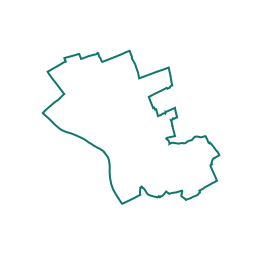 Kota Mojokerto, Jawa Timur, Indonesia, rotated 243°
{"feature_id": "22746128B53956788697299", "entity_name": "Kota Mojokerto", "entity_type": "district", "adm_level": 2, "iso_a3": "IDN", "parent_name": "Indonesia", "parent_adm1": "Jawa Timur", "projection": "orthographic", "projection_center": [112.435, -7.471], "detail": "fine", "context": "isolated", "style": "outline", "palette": "teal", "viewbox_px": 256, "rotation_deg": 243, "n_neighbors": 0, "source": "geoboundaries", "source_scale": "gbopen_adm2", "svg_char_len": 5536}
<svg xmlns="http://www.w3.org/2000/svg" viewBox="0 0 256 256"><g transform="rotate(243 128 128)"><path d="M187.2,86.6L187.1,85.8L186.5,83.8L185.5,81.2L184.9,79.2L184.6,78.0L184.5,76.3L184.1,74.1L183.7,72.1L183.2,70.2L182.7,68.4L182.1,65.6L181.6,63.9L180.9,61.3L180.0,58.9L177.7,59.6L174.3,61.0L171.2,62.2L167.0,63.5L163.9,64.5L160.6,65.9L160.2,66.0L157.6,67.2L155.5,68.6L152.2,71.4L149.5,74.4L145.6,77.9L140.4,82.0L136.7,84.6L132.8,86.5L130.5,88.1L128.4,89.2L126.7,90.3L123.6,92.3L122.6,93.2L119.1,95.3L118.0,95.7L117.1,95.9L117.1,95.7L115.7,96.0L113.5,96.4L112.3,96.6L111.4,96.8L108.6,96.6L103.1,94.8L99.9,93.1L96.1,91.2L91.5,89.3L85.6,87.6L80.1,86.9L79.2,86.9L73.2,87.2L70.4,87.5L70.2,87.5L69.2,87.6L67.3,87.8L64.8,88.1L64.2,88.1L63.2,88.4L63.1,89.1L63.0,90.9L62.8,98.2L62.9,108.7L64.7,109.2L66.4,110.1L68.1,111.3L69.3,111.9L69.4,112.2L69.4,112.5L69.6,112.9L69.7,113.1L69.7,113.5L69.2,113.6L68.7,113.5L68.6,113.9L68.4,114.0L67.6,114.1L67.4,114.4L65.6,114.9L63.3,115.1L61.8,115.2L61.5,115.2L59.5,115.7L57.6,117.4L55.7,119.4L54.2,121.2L54.0,121.6L53.8,121.7L53.1,122.4L52.7,122.9L52.8,123.5L53.1,123.9L53.3,124.5L52.5,124.8L52.0,124.8L51.9,124.8L51.8,125.0L51.8,125.4L52.3,126.5L51.9,127.5L52.0,128.4L52.6,129.9L53.6,132.1L54.1,133.1L53.6,133.4L52.5,133.9L52.0,134.3L50.6,134.9L50.1,137.7L49.6,139.3L49.2,140.4L48.7,141.7L48.6,142.5L48.1,145.2L47.8,146.8L47.5,147.7L46.6,147.4L45.1,145.9L44.7,145.9L44.1,145.2L43.6,144.7L42.8,144.7L41.2,145.5L39.4,146.4L39.0,146.6L38.8,146.9L37.6,147.0L37.5,148.7L37.3,149.8L37.1,152.8L37.1,154.7L36.8,157.8L36.8,160.2L37.3,160.9L37.4,161.0L37.6,161.1L37.7,161.4L37.7,162.3L37.8,162.7L38.0,162.9L38.6,163.2L39.3,163.3L39.8,163.2L39.8,163.3L39.8,164.1L39.8,165.3L39.8,167.0L39.9,167.4L39.9,168.1L40.2,168.7L40.2,169.2L40.3,170.4L40.3,170.5L40.3,172.9L40.4,174.7L40.4,175.0L40.4,177.2L40.6,177.5L40.6,177.9L40.6,178.5L40.5,178.8L40.5,180.4L40.5,181.1L40.6,181.9L40.6,183.2L41.0,183.2L41.0,183.3L43.1,183.5L53.6,184.1L54.9,184.1L56.5,184.3L57.3,184.6L57.6,184.9L57.5,186.4L59.0,186.5L59.8,187.4L60.3,187.9L61.8,189.5L61.9,191.1L61.9,191.3L62.1,191.3L62.0,192.3L62.1,192.9L62.1,193.3L62.2,194.0L62.2,194.4L62.2,194.6L62.1,195.6L62.2,196.3L62.3,197.0L64.4,197.1L65.2,197.1L66.3,196.9L67.4,196.5L70.6,195.9L72.9,195.6L75.8,195.0L76.4,194.7L76.8,194.3L77.0,194.0L77.1,193.8L77.9,194.2L78.2,193.1L80.5,193.2L81.3,193.3L81.9,193.5L82.1,193.5L82.7,193.3L85.2,193.6L85.3,193.6L86.0,192.0L86.1,191.3L86.1,190.8L86.3,189.4L86.7,188.6L87.7,187.3L88.8,186.0L89.5,184.8L89.7,183.7L89.6,182.6L89.3,181.7L89.0,181.1L88.6,180.1L88.5,179.8L88.2,179.2L88.5,178.3L88.7,177.6L88.8,177.0L89.0,175.8L88.7,173.6L88.5,172.1L89.1,170.5L89.6,170.2L90.1,169.1L90.6,167.8L90.7,167.2L90.9,166.8L91.2,165.7L92.2,164.5L93.0,163.3L93.6,162.6L94.2,161.7L94.7,160.8L95.0,160.0L95.0,159.1L95.0,157.9L95.1,158.0L95.5,158.0L95.9,158.1L96.2,158.2L96.7,158.3L97.9,158.4L99.3,158.0L100.5,157.6L101.0,157.2L101.2,157.5L101.2,157.9L101.5,158.1L101.4,158.7L100.5,162.4L99.4,166.2L105.9,167.6L107.1,167.9L109.7,168.4L109.6,168.6L110.3,168.8L111.2,169.0L114.5,169.7L115.1,169.8L114.8,170.0L114.7,170.3L115.2,170.9L115.3,170.9L115.8,171.7L116.2,172.6L115.9,173.0L115.4,172.9L115.2,173.2L115.2,173.3L115.4,174.3L115.4,175.0L115.4,175.5L115.2,175.8L115.1,176.5L115.6,176.6L116.8,177.0L117.1,177.0L118.1,177.2L121.0,178.0L121.4,178.1L121.5,178.0L124.6,179.0L124.7,175.2L124.9,172.2L125.0,170.4L125.2,169.1L124.9,168.7L124.4,168.2L124.5,168.2L124.2,168.0L124.4,167.4L124.7,167.2L124.8,166.8L125.0,164.9L124.9,164.5L124.6,163.0L124.8,162.0L125.0,161.1L125.1,160.2L125.3,160.3L125.7,160.4L125.8,160.3L127.5,160.7L129.5,161.1L131.1,161.4L131.8,161.6L132.0,160.5L134.2,160.7L134.4,160.6L134.3,159.5L140.9,160.1L146.2,160.6L146.2,163.0L146.3,163.0L146.3,164.0L146.3,164.3L146.3,164.5L146.3,165.2L146.3,167.7L146.3,169.1L146.2,170.1L146.2,170.4L146.2,170.8L146.2,171.0L146.2,172.8L146.1,174.7L146.2,175.8L146.1,178.7L146.2,179.6L146.2,180.7L145.3,181.0L145.0,181.1L145.1,181.7L145.1,182.6L144.9,183.1L146.0,185.1L146.0,185.6L145.9,186.4L145.8,186.7L146.3,186.8L146.9,187.0L147.1,187.0L147.6,187.2L148.1,187.3L148.5,187.4L149.1,187.6L151.1,188.2L151.8,188.4L152.5,188.7L153.6,189.0L155.4,189.6L155.5,189.6L163.4,191.7L163.8,188.0L164.2,184.3L164.3,184.2L164.7,181.4L164.9,179.6L165.0,179.6L166.2,168.7L167.2,160.6L167.6,160.8L168.9,160.9L171.5,161.8L172.3,162.0L172.5,162.1L172.9,162.1L173.0,162.1L175.7,162.5L176.2,162.6L177.2,162.7L177.3,162.7L178.3,162.8L179.3,162.9L180.0,163.1L181.2,163.3L182.1,163.3L182.8,163.3L183.0,163.2L183.5,163.2L184.6,163.2L185.6,163.2L187.0,163.1L187.3,163.1L187.6,163.0L187.8,163.0L188.4,163.1L188.7,163.3L188.8,163.4L189.1,163.6L189.5,163.7L190.1,163.9L191.5,164.0L193.5,164.2L196.0,164.5L196.4,161.1L196.5,159.0L196.6,156.5L196.6,156.0L197.0,151.2L197.5,145.9L197.9,141.7L198.4,136.4L198.5,135.7L198.6,135.1L198.9,134.9L199.0,134.9L200.3,134.9L201.8,135.1L203.0,135.1L204.2,134.8L205.0,134.7L206.2,135.0L207.4,135.3L208.0,135.4L208.5,135.3L208.6,135.1L208.5,134.5L208.2,133.7L208.2,132.7L208.9,130.3L209.4,127.7L210.0,124.9L210.1,123.6L210.6,119.0L210.8,117.6L216.2,118.1L216.4,117.4L216.9,114.0L218.0,108.9L219.2,103.1L217.8,102.9L216.2,102.8L216.3,102.7L215.5,102.7L215.5,102.4L215.5,102.0L215.6,101.0L215.6,100.4L215.6,99.9L215.5,98.8L215.4,97.8L214.6,81.9L210.1,82.4L205.3,83.2L204.2,83.4L203.1,83.7L200.3,84.2L199.7,84.3L198.4,84.6L197.2,84.7L195.5,85.1L194.6,85.2L194.6,85.3L194.1,85.3L193.4,85.4L192.5,85.5L191.6,85.8L190.6,85.9L189.5,86.2L188.4,86.4L187.2,86.6Z" fill="none" stroke="#0f766e" stroke-width="2"/></g></svg>